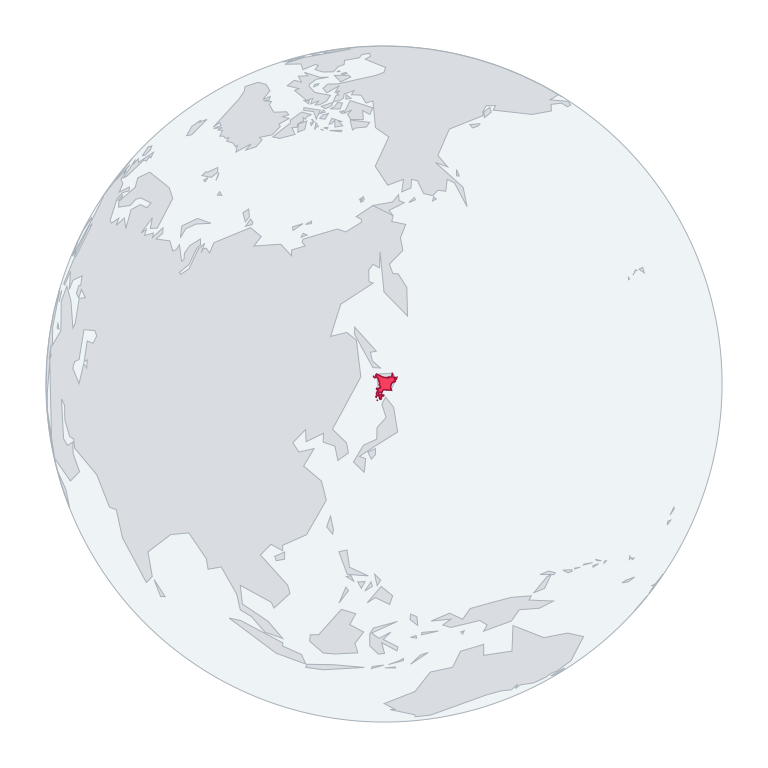 Hokkaidō on an orthographic globe, rotated 332°
{"feature_id": "JPN-1847", "entity_name": "Hokkaidō", "entity_type": "Circuit", "adm_level": 1, "iso_a3": "JPN", "parent_name": "Japan", "parent_adm1": "", "projection": "orthographic", "projection_center": [142.428, 43.461], "detail": "fine", "context": "on_globe", "style": "filled", "palette": "rose", "viewbox_px": 768, "rotation_deg": 332, "n_neighbors": 0, "source": "natural_earth", "source_scale": "10m", "svg_char_len": 16607}
<svg xmlns="http://www.w3.org/2000/svg" viewBox="0 0 768 768"><g transform="rotate(332 384 384)"><circle cx="384" cy="384" r="338" fill="#eef3f6" stroke="#a8b0b8"/><path d="M582.0,628.9L581.9,630.1L581.5,630.5L582.0,628.9ZM676.1,214.1L673.8,210.4L664.1,211.0L679.2,220.9L679.9,225.3L676.0,225.3L672.7,219.4L662.7,215.5L660.1,221.5L641.3,215.5L609.0,193.4L613.2,190.6L604.9,186.3L599.2,189.9L597.4,193.5L561.3,189.6L538.9,207.5L542.1,222.2L533.4,212.6L546.2,247.4L540.6,266.4L540.7,239.6L535.9,233.0L529.0,242.8L522.5,238.2L515.5,240.6L508.4,234.5L509.0,220.2L504.4,216.3L499.8,223.6L489.8,222.7L497.3,212.5L480.6,210.2L478.5,187.6L504.2,168.2L496.9,153.6L507.1,128.9L500.0,127.4L499.4,118.2L491.0,113.3L495.3,110.9L484.9,109.3L482.5,112.5L477.2,113.0L472.0,110.7L476.6,106.9L479.8,107.5L478.5,105.2L483.0,104.5L477.8,103.5L484.0,99.7L470.3,100.1L468.9,94.3L475.0,92.8L484.2,97.3L521.3,107.6L530.4,108.8L533.9,105.2L519.8,88.3L525.8,88.4L526.6,85.2L518.9,82.7L515.4,84.4L501.2,79.7L498.7,83.2L492.6,82.2L486.0,84.7L476.5,79.8L470.7,74.0L475.6,71.9L473.2,69.6L460.0,68.4L460.9,62.4L447.1,55.4L448.5,54.8L466.6,58.1L488.2,65.2L511.7,72.6L485.8,63.6L489.7,63.5L485.9,62.0L479.5,60.0L473.8,58.6L472.9,58.1L498.2,66.0L499.4,66.5L491.4,63.8L501.6,67.5L518.7,74.2L519.3,74.3L540.7,84.6L561.3,96.3L581.1,109.5L599.8,124.0L617.5,139.8L634.1,156.8L649.4,174.9L663.5,194.0L676.1,214.1ZM665.9,408.1L663.1,402.4L667.2,402.4L665.9,408.1ZM659.8,401.4L661.1,402.8L659.7,402.1L659.8,401.4ZM657.7,402.5L659.2,401.7L657.7,403.3L657.7,402.5ZM655.1,404.9L656.4,403.3L656.3,403.8L655.1,404.9ZM650.2,406.5L648.9,406.7L649.9,404.6L650.2,406.5ZM597.7,196.0L599.8,190.6L607.3,189.4L606.3,194.3L597.7,196.0ZM582.4,199.5L581.5,195.2L590.8,199.2L588.4,200.4L582.4,199.5ZM545.8,234.2L548.7,228.7L548.1,235.7L545.8,234.2ZM515.8,242.0L517.0,245.2L512.8,245.2L515.8,242.0ZM491.7,87.4L489.0,86.1L491.6,86.2L491.7,87.4ZM491.5,89.9L496.6,91.0L497.2,92.4L494.1,91.7L491.5,89.9ZM498.2,236.1L491.1,235.5L498.4,233.6L498.2,236.1ZM485.1,88.2L497.7,94.8L498.7,97.4L487.7,96.9L485.1,88.2ZM487.0,233.5L469.9,233.0L471.1,239.7L458.0,221.2L476.9,227.3L485.7,223.7L483.4,229.2L487.0,233.5ZM484.0,114.6L486.3,111.0L489.2,116.3L484.0,114.6ZM487.2,117.9L503.8,134.8L498.0,139.4L493.6,132.6L489.8,140.9L478.8,134.7L478.4,128.8L484.3,126.9L475.6,126.2L487.2,117.9ZM453.4,211.5L449.4,209.5L453.7,208.9L453.4,211.5ZM475.3,113.7L479.2,116.4L474.3,120.6L465.7,115.8L470.0,116.0L475.3,113.7ZM494.2,146.3L489.1,148.8L478.8,144.5L475.4,145.0L478.0,135.0L494.2,146.3ZM468.5,113.8L461.4,113.4L459.0,109.4L471.2,111.3L468.5,113.8ZM476.7,123.7L474.0,125.6L472.7,122.9L476.7,123.7ZM446.4,96.1L451.1,98.8L449.0,101.1L446.4,96.1ZM458.9,113.5L459.8,114.9L459.5,116.3L454.5,115.2L458.9,113.5ZM470.5,132.9L467.3,130.7L468.9,136.7L461.2,134.1L464.4,128.1L459.8,129.6L457.4,128.8L462.6,124.9L470.5,132.9ZM448.5,118.4L449.8,110.5L441.5,104.7L443.1,102.4L456.3,112.3L448.5,118.4ZM456.3,122.5L451.8,119.3L456.2,117.8L461.9,119.0L456.3,122.5ZM454.9,134.6L465.9,140.1L464.8,141.3L454.9,134.6ZM445.2,116.9L445.0,118.9L444.1,116.7L445.2,116.9ZM450.9,129.4L455.0,131.1L453.7,132.3L450.9,129.4ZM441.1,121.6L441.5,119.0L445.4,119.6L441.1,121.6ZM444.9,125.4L442.1,126.8L446.6,121.4L446.9,125.9L444.9,125.4ZM449.0,130.3L449.6,131.6L447.5,129.4L449.0,130.3ZM426.0,121.2L430.6,114.3L439.3,115.5L433.6,122.0L426.0,121.2ZM194.8,104.0L187.3,109.4L181.1,114.0L177.8,116.3L194.8,104.0ZM143.1,147.0L140.2,150.0L140.4,150.7L118.0,178.5L109.5,194.0L123.7,185.3L137.9,159.4L150.0,148.7L146.5,163.8L135.6,188.5L140.0,185.3L155.0,165.4L160.8,167.5L161.2,158.5L154.9,164.7L155.0,159.6L160.7,153.8L162.5,154.5L168.2,146.8L158.0,146.4L150.5,152.7L160.2,137.3L148.6,146.7L148.3,145.1L167.8,128.8L172.2,126.6L201.5,105.6L197.6,106.4L169.8,126.6L174.8,122.0L169.4,124.5L177.5,119.1L208.9,98.0L223.1,87.7L224.7,86.0L267.1,66.9L267.3,66.9L240.5,78.6L244.8,77.6L262.6,71.0L252.9,75.6L256.9,74.7L247.9,79.8L247.5,84.6L240.3,90.2L251.7,90.5L249.6,93.8L243.4,92.4L235.2,95.1L218.7,111.3L218.9,114.0L227.7,113.1L222.1,118.2L232.7,115.5L229.0,125.6L242.5,111.3L253.2,111.3L257.3,117.0L263.3,114.8L256.6,105.5L251.7,104.3L243.7,107.2L232.6,103.2L235.8,98.2L256.6,93.6L263.4,86.4L276.6,87.0L286.5,109.8L284.6,121.0L257.0,139.9L250.7,137.0L257.5,128.5L240.4,136.6L247.0,135.7L242.3,140.4L251.3,142.5L248.4,145.9L262.1,142.4L259.5,146.9L250.9,149.0L262.1,157.1L260.0,167.4L264.0,167.7L268.8,165.0L262.9,180.5L266.0,180.0L269.2,174.8L277.5,170.7L290.0,169.8L287.3,175.1L282.4,176.2L268.1,186.9L255.6,189.5L255.7,191.7L265.9,190.8L283.4,177.6L291.7,175.6L284.2,182.3L287.6,179.7L290.8,180.5L291.5,186.4L300.1,179.4L339.6,183.3L344.8,196.2L333.8,201.1L358.5,212.1L362.5,227.4L365.4,222.3L379.2,225.1L378.2,220.3L380.6,218.1L415.6,225.3L421.7,231.8L440.0,230.6L441.5,228.2L438.1,223.2L458.0,221.2L471.1,239.7L467.1,244.1L478.1,253.3L467.2,262.5L463.4,274.9L445.1,280.7L443.6,290.7L448.2,293.3L449.5,309.4L436.7,335.0L427.2,302.7L442.5,265.6L434.5,279.3L430.4,273.1L423.9,276.3L418.8,286.7L421.9,289.8L383.3,293.2L359.2,316.9L375.3,321.0L380.2,332.4L366.9,366.8L317.2,399.8L323.3,418.5L320.2,428.1L307.4,429.9L311.5,415.8L303.1,406.8L307.4,399.1L288.2,398.4L293.4,387.4L275.9,393.0L277.0,404.1L291.9,408.2L274.5,418.7L283.2,440.4L278.5,459.5L244.8,480.7L218.9,478.8L216.2,483.6L208.9,472.5L194.6,476.9L204.5,516.5L202.7,524.8L181.7,530.2L182.0,523.8L162.6,494.3L155.7,511.8L170.2,539.0L175.1,561.1L162.4,547.3L157.8,527.1L151.1,516.1L155.3,500.2L154.4,469.1L141.7,465.0L145.1,454.8L141.8,423.9L125.0,416.8L96.8,421.4L89.0,445.2L81.0,447.7L80.9,396.9L88.6,369.4L83.8,363.9L87.8,329.3L80.8,295.6L84.1,286.8L81.8,282.9L85.3,266.1L92.0,252.7L92.2,245.8L75.4,281.8L75.7,289.6L82.0,289.2L76.8,299.6L74.0,318.5L61.6,322.4L58.3,295.1L65.2,275.4L100.1,205.9L103.1,202.9L103.5,202.4L104.4,201.2L100.1,204.8L108.6,192.9L82.2,234.3L74.6,248.9L58.1,295.4L57.9,295.7L54.8,308.5L53.6,327.7L52.0,333.2L48.2,346.0L51.9,321.3L57.5,297.0L64.8,273.1L73.8,249.9L84.6,227.4L96.9,205.7L110.9,185.0L126.3,165.4L143.1,147.0ZM116.6,224.0L114.9,240.5L128.5,225.0L129.0,230.3L133.4,223.4L129.5,223.8L142.2,206.7L146.2,211.5L152.9,206.7L153.8,201.1L144.6,195.2L126.3,219.2L121.2,219.0L116.6,224.0ZM488.3,63.0L486.2,62.4L480.3,60.4L484.4,61.6L488.3,63.0ZM446.5,52.4L446.0,51.9L449.2,52.7L454.7,53.7L468.3,57.4L449.9,54.7L455.8,55.0L446.5,52.4ZM481.4,62.5L474.8,59.8L482.7,62.9L481.4,62.5ZM287.4,67.7L280.4,69.8L278.0,68.9L287.2,63.9L290.8,64.8L287.4,67.7ZM271.1,73.1L289.2,71.2L284.2,74.9L283.9,73.0L278.8,75.7L277.0,73.5L254.5,79.8L250.9,79.7L269.9,69.1L265.7,72.3L272.8,69.8L271.1,73.1ZM344.3,66.2L352.0,67.2L331.1,73.7L326.3,72.1L335.1,66.4L346.1,65.0L344.3,66.2ZM463.2,86.9L467.5,88.2L466.2,89.0L461.5,88.7L463.2,86.9ZM448.8,97.1L442.9,82.8L447.6,83.3L438.6,75.2L447.4,73.7L452.9,78.8L452.9,72.0L461.5,76.1L460.1,71.5L471.5,83.2L479.2,87.1L467.3,83.2L459.0,84.3L457.7,86.0L459.8,94.1L472.2,104.0L465.9,107.4L458.2,107.2L454.3,105.3L459.6,103.5L450.6,102.3L455.2,98.4L448.8,97.1ZM371.7,112.5L379.5,109.6L362.1,109.7L366.6,104.5L364.3,104.9L363.8,100.3L359.1,95.6L362.6,93.7L359.3,92.7L358.8,89.9L355.4,88.1L360.5,84.3L356.8,81.9L361.3,81.5L353.5,78.5L361.6,79.1L361.8,76.0L353.8,77.1L389.5,64.4L398.2,59.9L401.0,56.1L414.5,58.5L420.5,64.1L421.0,71.5L410.7,76.0L418.6,76.7L416.1,79.2L410.8,77.6L417.3,81.7L413.8,83.5L414.3,92.3L425.8,97.9L426.3,101.6L420.0,100.3L424.9,105.0L413.3,105.2L413.4,108.0L402.1,111.4L389.9,107.9L390.9,111.3L382.4,114.5L371.7,112.5ZM422.6,121.9L407.0,118.1L401.8,113.6L423.7,109.7L425.2,107.1L439.0,105.2L446.2,112.0L441.6,111.8L438.8,113.3L437.7,110.6L436.5,113.9L430.1,113.9L427.4,116.6L423.1,114.5L422.6,121.9ZM179.9,115.4L176.2,118.4L171.8,122.6L168.3,124.6L179.9,115.4ZM201.2,100.7L198.7,102.7L191.7,106.7L195.6,103.9L201.2,100.7ZM203.4,100.7L199.2,102.5L203.7,99.8L203.4,100.7ZM241.7,94.5L239.8,97.0L237.2,97.7L235.5,96.8L241.7,94.5ZM321.1,114.5L326.4,112.9L327.2,114.1L338.9,114.8L336.4,119.1L328.4,120.4L321.1,114.5ZM122.7,183.1L121.6,181.1L124.5,177.4L124.3,178.8L122.7,183.1ZM143.4,150.1L135.8,159.0L142.5,150.6L143.4,150.1ZM320.3,119.4L325.4,119.1L321.1,121.5L320.3,119.4ZM335.2,122.4L331.1,125.4L337.5,119.8L335.2,122.4ZM251.3,635.0L261.2,639.2L261.0,640.1L251.3,635.0ZM240.9,627.9L251.9,632.1L239.3,629.4L240.9,627.9ZM256.2,633.8L267.4,635.5L272.2,635.4L271.5,637.3L256.2,633.8ZM233.7,625.1L196.0,607.7L181.8,597.4L184.6,595.4L207.7,608.2L233.7,625.1ZM183.5,594.6L162.4,571.1L137.4,518.0L146.3,525.4L173.2,565.2L171.4,567.7L184.1,584.1L183.5,594.6ZM236.6,599.4L234.7,609.1L213.5,599.1L204.1,593.0L197.6,576.1L201.2,570.8L208.7,574.7L240.6,563.0L251.2,573.5L240.8,580.3L249.6,593.4L236.6,599.4ZM89.2,448.7L90.9,469.0L87.0,466.7L89.2,448.7ZM255.6,549.8L241.4,556.3L255.0,545.5L255.6,549.8ZM264.9,537.7L264.7,544.0L260.3,536.3L264.9,537.7ZM213.9,492.0L205.9,489.4L206.6,484.9L217.5,485.7L213.9,492.0ZM274.8,475.5L271.1,488.7L268.2,492.5L266.3,483.1L274.8,475.5ZM306.6,160.8L293.1,154.5L281.8,153.9L272.9,159.3L279.7,149.5L297.1,150.3L306.6,160.8ZM335.8,179.7L343.6,175.7L344.1,179.8L342.4,181.3L335.8,179.7ZM337.7,175.7L339.8,166.6L346.7,165.9L343.7,173.1L337.7,175.7ZM329.4,141.4L325.6,139.0L329.2,137.0L329.4,141.4ZM498.5,701.9L510.3,697.3L516.9,694.7L516.3,694.9L498.5,701.9ZM399.5,721.1L394.3,720.0L410.1,719.4L407.5,720.6L399.5,721.1ZM520.7,693.0L519.8,693.1L527.4,689.1L525.8,687.8L530.2,687.7L541.5,682.6L521.6,692.6L520.7,693.0ZM328.5,706.6L269.7,698.2L255.4,692.5L255.9,690.5L236.5,674.4L240.9,676.3L234.1,666.2L267.0,670.1L289.6,660.1L311.6,666.3L326.0,655.9L349.8,660.7L344.6,670.4L371.6,679.9L384.5,657.8L406.1,683.0L429.1,690.1L441.6,700.7L419.3,716.0L401.8,718.6L396.1,717.9L389.4,718.8L375.7,718.1L363.5,713.8L357.1,714.5L361.2,711.8L352.9,713.8L343.6,710.0L328.5,706.6ZM500.8,671.3L505.6,670.8L514.7,672.1L506.9,673.4L500.8,671.3ZM570.1,638.4L573.3,638.8L567.9,641.5L570.1,638.4ZM581.5,630.5L575.1,634.0L582.0,628.9L581.5,630.5ZM520.3,654.1L523.1,654.9L521.3,655.8L520.3,654.1ZM518.2,654.1L520.3,651.3L520.6,653.6L518.2,654.1ZM493.5,645.6L496.0,643.8L497.4,644.6L493.5,645.6ZM275.9,643.9L289.2,640.4L297.0,641.8L275.9,643.9ZM489.2,643.3L482.6,644.0L483.0,642.5L489.2,643.3ZM489.2,640.0L488.2,638.0L493.0,642.1L489.2,640.0ZM476.0,636.9L484.4,639.7L475.1,637.5L476.0,636.9ZM471.4,637.9L465.5,636.8L465.9,636.1L471.4,637.9ZM410.6,642.8L431.7,655.2L415.8,654.9L397.5,646.8L385.2,653.1L355.9,649.0L362.0,645.3L357.6,637.8L328.7,630.3L322.8,624.4L332.7,623.1L314.3,615.4L334.4,617.2L343.1,628.7L354.6,622.7L375.6,627.3L396.7,632.3L414.6,640.2L410.6,642.8ZM335.4,638.9L339.0,639.5L336.0,641.8L335.4,638.9ZM454.5,632.3L462.9,636.4L462.1,637.6L458.0,637.2L454.5,632.3ZM418.5,638.6L437.4,630.7L442.0,630.8L429.7,639.9L418.5,638.6ZM432.3,625.5L441.5,626.5L446.6,630.9L444.8,632.2L432.3,625.5ZM294.2,621.1L293.6,623.7L288.5,620.2L294.2,621.1ZM300.7,621.1L316.2,627.7L299.4,623.1L300.7,621.1ZM256.1,598.1L260.2,606.2L273.5,606.3L263.4,609.1L272.9,622.7L270.1,625.7L260.5,611.3L258.0,622.1L252.2,619.9L248.5,608.6L254.1,597.9L260.0,594.5L284.2,599.9L256.1,598.1ZM300.4,613.0L296.4,604.1L299.5,599.6L303.8,604.9L300.4,613.0ZM285.5,581.3L276.0,568.5L266.5,569.3L286.5,561.5L292.2,575.1L285.5,581.3ZM278.8,557.2L269.8,557.8L279.7,552.6L278.8,557.2ZM268.0,553.8L268.0,546.4L274.5,549.6L268.0,553.8ZM283.3,558.9L286.4,547.5L289.0,555.6L283.3,558.9ZM267.5,529.6L280.1,546.1L262.2,534.8L265.4,510.9L273.4,513.2L267.5,529.6ZM337.5,444.4L337.8,436.6L346.1,436.9L343.5,442.2L337.5,444.4ZM373.5,432.8L348.4,434.5L328.3,436.4L332.8,441.3L325.1,452.6L320.4,438.6L337.1,428.4L351.7,429.3L357.3,419.3L370.1,414.6L372.6,400.9L379.3,396.2L381.5,409.2L373.5,432.8ZM373.1,395.0L382.1,371.7L396.2,378.3L397.4,384.9L387.3,392.6L380.5,388.6L373.1,395.0ZM388.4,368.2L381.9,364.3L381.4,326.2L384.8,320.1L392.6,351.4L386.9,349.6L384.5,358.1L388.4,368.2ZM448.8,212.6L449.3,209.8L451.7,212.8L448.8,212.6ZM379.7,215.4L383.4,213.0L386.0,216.3L379.7,215.4ZM395.1,208.3L389.6,206.2L396.6,206.2L395.1,208.3ZM377.0,202.3L387.9,204.4L375.8,205.7L377.0,202.3Z" fill="#d9dde1" stroke="#a8b0b8" stroke-width="1"/><path d="M398.2,384.1L398.6,384.2L398.5,384.3L398.4,384.3L398.1,384.5L397.7,384.6L397.6,384.8L397.4,385.2L397.3,385.4L397.3,385.5L397.2,385.5L397.0,385.4L396.8,385.5L396.4,385.5L396.2,385.6L395.7,385.8L395.6,386.0L395.8,386.1L395.7,386.1L395.5,386.3L395.4,386.3L395.1,386.3L395.2,386.5L394.8,386.7L394.7,386.7L394.4,386.5L394.4,386.3L394.2,386.3L394.0,386.5L394.0,386.8L394.2,387.0L393.4,386.9L393.0,386.9L392.9,387.0L392.5,386.9L392.4,386.8L392.3,386.6L392.2,386.6L391.6,386.8L391.0,387.1L390.3,387.6L389.9,388.1L389.2,388.7L389.0,389.0L388.4,389.9L388.0,390.7L387.9,391.0L388.0,391.7L387.9,392.0L387.8,392.4L387.8,392.6L387.7,392.7L387.6,392.9L387.6,393.0L387.3,392.8L387.2,392.7L387.0,392.4L386.3,392.0L385.4,391.7L384.5,391.1L384.1,391.0L383.4,390.5L382.9,389.9L382.4,389.8L382.1,389.6L381.8,389.3L381.3,389.1L381.0,389.0L380.6,389.0L380.2,389.0L379.7,389.3L378.9,389.8L378.7,390.0L378.2,390.3L377.8,390.7L377.8,390.8L377.7,390.8L377.5,390.6L377.4,390.4L377.4,390.1L376.6,389.2L376.4,389.1L376.0,389.2L375.7,389.1L375.4,389.2L375.3,389.3L375.1,389.5L374.8,389.9L374.7,390.2L374.7,390.4L374.6,390.7L374.7,391.0L374.8,391.1L375.2,391.4L375.4,391.5L375.7,391.9L375.8,391.9L376.0,391.8L376.3,391.8L376.5,391.8L376.8,391.9L376.8,392.1L377.0,392.4L377.3,392.7L377.6,393.1L377.8,393.2L378.1,393.3L378.5,393.6L378.6,393.8L378.3,393.9L377.9,394.2L377.7,394.3L377.5,394.2L377.2,394.0L376.9,393.9L376.7,393.9L376.5,394.0L376.4,394.0L376.4,393.9L376.5,393.8L376.5,393.7L376.4,393.6L376.2,393.6L376.0,394.1L375.7,394.2L375.6,394.3L375.3,394.4L375.2,394.6L375.2,395.1L375.2,395.3L374.5,395.5L374.3,395.7L374.3,395.8L374.2,396.0L373.9,395.9L373.7,395.9L373.4,395.7L373.3,395.4L373.2,395.0L373.2,394.9L373.3,394.6L373.4,394.2L373.6,393.9L373.7,393.6L373.8,393.6L373.9,393.4L374.0,393.2L374.0,392.8L374.0,392.7L373.9,392.4L373.6,392.0L373.5,391.8L373.1,391.6L372.9,391.3L372.7,391.2L372.4,390.6L372.5,390.4L372.7,390.1L372.7,389.9L372.8,389.7L372.8,389.4L372.7,389.0L372.8,388.7L373.1,388.5L373.6,388.4L373.9,388.1L374.1,388.1L374.3,387.7L374.5,387.8L374.6,388.0L374.8,388.0L374.8,387.7L375.0,387.6L375.1,387.2L375.5,386.9L375.7,386.7L375.8,386.6L375.7,386.4L375.6,386.1L375.4,385.8L375.1,385.5L375.0,385.4L375.0,385.1L375.1,384.7L375.4,384.7L375.5,384.6L375.6,384.4L376.2,384.9L376.4,385.1L376.5,385.2L376.8,385.3L377.0,385.5L377.5,385.5L377.8,385.3L378.0,385.3L377.9,385.5L378.0,385.6L378.6,385.8L378.8,385.8L379.2,385.5L379.5,385.2L379.7,384.8L379.8,384.6L379.8,384.3L379.7,384.1L379.5,383.8L379.4,383.6L379.6,383.3L379.5,383.0L379.5,382.9L379.4,382.6L379.4,382.2L379.6,382.0L379.7,381.9L379.8,381.8L380.0,381.8L380.2,381.7L380.4,381.5L380.5,381.4L380.7,381.2L380.7,380.9L380.8,380.4L380.7,379.2L380.8,379.0L381.1,378.3L381.3,377.3L381.3,377.0L381.3,376.3L381.2,375.6L381.1,375.2L380.5,373.9L380.5,373.7L380.5,373.4L380.6,373.2L380.8,372.9L380.7,372.5L380.8,372.3L381.0,372.5L381.5,372.4L381.7,372.1L381.8,372.0L381.9,371.9L382.0,371.8L382.2,372.2L382.3,372.2L382.5,372.5L383.0,373.0L384.5,374.8L384.8,375.6L385.0,375.7L385.2,376.1L386.0,377.0L386.3,377.4L386.6,377.5L386.9,377.9L387.3,378.2L387.7,378.5L387.9,378.6L388.0,378.8L388.7,379.3L389.7,379.7L389.4,379.7L389.4,379.9L389.5,380.1L390.4,380.2L390.5,380.1L391.2,380.0L391.4,380.1L391.2,380.3L391.1,380.6L391.3,380.6L391.5,380.4L391.6,380.1L391.8,380.1L391.7,380.3L391.8,380.5L392.0,380.8L392.3,381.0L392.5,381.1L393.1,381.1L393.8,381.2L394.0,381.1L394.7,380.5L395.1,379.9L395.4,379.7L395.6,379.5L395.7,379.4L395.9,379.0L396.2,378.7L396.3,378.6L396.4,378.9L396.4,379.1L396.3,379.4L396.1,379.7L396.1,379.8L396.0,380.1L395.6,380.7L395.5,380.9L395.4,381.3L395.4,381.6L395.3,382.0L395.5,382.5L395.8,382.9L395.9,383.0L396.0,383.3L396.1,383.6L396.3,384.1L396.4,384.3L396.5,384.5L396.3,384.5L396.2,384.5L396.4,384.7L396.4,384.8L396.7,385.0L397.1,385.0L397.3,385.1L397.2,385.0L397.2,384.9L397.5,384.5L397.7,384.4L397.8,384.2L398.1,384.2L398.2,384.1ZM379.4,373.9L379.5,374.0L379.4,374.1L379.2,374.3L378.8,374.1L378.7,374.0L378.6,373.9L378.6,373.6L378.8,373.5L378.9,373.4L379.0,373.5L379.4,373.9ZM371.4,391.0L371.5,391.0L371.4,391.2L371.3,391.4L371.2,391.8L371.0,392.1L370.9,392.1L370.9,391.9L370.9,391.7L370.9,391.2L371.0,391.1L371.4,391.0ZM378.3,372.2L378.4,372.3L378.3,373.0L378.2,373.3L378.2,373.2L378.1,372.8L378.1,372.7L378.1,372.4L378.0,372.1L378.1,372.3L378.3,372.2ZM396.3,383.0L396.5,383.2L396.3,383.3L396.2,383.5L396.2,383.4L396.4,383.2L395.8,382.9L396.3,383.0ZM390.1,379.8L390.3,379.9L390.5,379.9L390.4,379.9L390.2,379.9L389.9,379.8L389.9,379.7L390.0,379.7L390.1,379.8ZM370.5,395.2L370.5,395.3L370.4,395.3L370.4,395.2L370.5,395.2Z" fill="#f43f5e" stroke="#9f1239" stroke-width="1.5"/></g></svg>